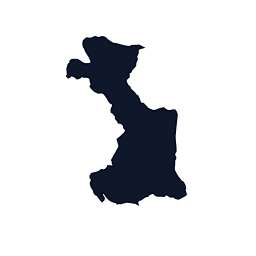 the district of Gália, São Paulo, Brazil, rotated 123°
{"feature_id": "56859067B22371947902737", "entity_name": "Gália", "entity_type": "district", "adm_level": 2, "iso_a3": "BRA", "parent_name": "Brazil", "parent_adm1": "São Paulo", "projection": "natural_earth1", "projection_center": [-49.584, -22.325], "detail": "fine", "context": "isolated", "style": "filled", "palette": "ink", "viewbox_px": 256, "rotation_deg": 123, "n_neighbors": 0, "source": "geoboundaries", "source_scale": "gbopen_adm2", "svg_char_len": 3147}
<svg xmlns="http://www.w3.org/2000/svg" viewBox="0 0 256 256"><g transform="rotate(123 128 128)"><path d="M64.7,195.6L64.9,197.9L65.9,199.8L67.8,201.1L68.7,202.9L69.5,205.6L71.7,206.8L73.1,208.0L74.2,209.6L74.9,211.5L76.6,212.2L78.8,212.8L80.8,212.2L82.2,211.3L84.0,209.6L85.0,207.4L86.1,206.1L87.5,203.4L88.6,201.0L89.5,199.1L90.5,197.6L91.5,195.9L93.2,194.2L95.4,195.8L97.6,198.9L98.2,201.5L98.0,205.4L98.2,207.7L100.0,210.6L101.3,212.3L103.0,213.0L105.0,212.2L107.1,212.7L109.5,212.0L111.8,211.2L113.2,210.0L114.7,208.8L116.3,207.7L117.8,207.7L118.4,205.5L116.8,204.5L114.9,204.3L114.2,202.1L114.1,199.5L114.5,197.7L113.4,196.6L111.6,195.4L109.4,195.1L109.5,193.0L108.1,191.1L107.2,189.1L107.1,186.8L108.6,185.6L110.1,184.0L111.5,182.3L113.5,182.4L114.6,180.3L115.0,177.9L115.4,175.8L115.0,174.0L114.9,172.2L113.5,170.5L112.4,168.7L112.4,166.4L113.2,164.2L114.4,161.2L115.6,159.3L116.6,156.6L116.2,154.8L117.0,153.0L118.7,152.7L121.6,152.1L123.8,150.6L123.7,148.7L124.6,145.2L126.3,143.9L127.3,142.6L127.5,140.7L128.9,138.9L127.7,136.3L128.2,133.4L130.3,131.2L130.9,128.4L134.0,128.1L135.4,128.6L137.9,129.1L139.8,129.6L141.2,130.1L143.3,130.8L148.0,125.4L149.8,125.1L153.4,124.9L156.0,124.6L158.9,124.6L161.2,124.3L163.8,124.2L164.7,122.6L166.1,121.8L167.9,119.0L170.6,124.2L172.4,123.9L175.2,124.4L176.6,125.6L177.7,127.8L180.3,128.6L183.1,130.8L185.9,133.6L188.8,133.6L190.3,132.6L191.0,130.3L192.5,129.9L194.8,129.4L196.4,127.8L197.5,126.5L198.4,124.3L199.3,122.4L200.5,121.6L201.5,119.3L201.3,116.8L202.0,115.1L202.9,112.7L203.9,109.8L201.5,109.1L199.8,109.8L198.3,113.2L195.8,114.4L196.1,111.5L197.3,108.7L198.1,105.5L198.4,103.5L198.0,100.5L197.0,97.6L197.4,95.7L196.0,94.4L195.1,92.6L193.7,91.7L192.2,90.2L190.6,88.7L189.5,86.4L188.4,84.1L187.8,82.5L186.9,80.8L186.7,78.0L185.1,79.9L182.8,79.5L180.9,78.0L179.2,77.3L177.1,76.6L175.3,75.3L173.9,74.1L172.5,74.2L170.5,72.8L168.8,71.6L169.3,68.9L169.2,66.8L168.2,65.0L167.0,63.3L165.7,60.7L162.6,59.5L162.8,56.3L162.3,54.1L160.8,52.8L161.1,50.4L160.2,47.2L158.3,45.9L156.1,44.8L154.1,43.6L152.1,43.0L150.7,44.6L149.1,46.5L147.2,47.1L145.3,49.0L143.5,52.0L143.6,54.8L142.7,56.7L142.0,59.2L141.2,60.7L140.5,62.4L139.6,63.9L138.3,66.2L136.2,67.8L134.4,68.6L132.1,69.9L130.1,71.3L128.0,71.4L126.6,72.2L125.6,74.1L124.1,75.1L121.6,75.1L117.7,77.8L111.5,82.7L108.7,84.6L107.0,85.4L102.6,87.8L99.6,89.3L90.0,94.2L88.2,96.5L87.5,98.6L89.0,100.6L90.5,101.8L91.9,104.3L92.0,107.1L91.8,109.2L93.0,110.2L95.1,112.2L96.7,113.2L98.5,114.7L100.0,116.6L100.2,118.6L100.7,120.6L100.7,122.4L100.0,125.1L99.2,128.3L100.2,130.6L99.6,132.2L97.5,134.4L96.9,136.0L95.8,137.3L95.9,139.3L95.0,141.7L94.4,145.1L94.1,146.9L92.6,149.0L92.2,151.9L90.1,155.0L88.4,156.0L86.5,155.4L84.8,155.0L83.1,156.0L81.2,157.3L79.5,156.1L77.5,156.5L74.8,156.1L71.7,155.7L69.3,157.1L66.6,157.5L65.1,158.0L63.8,159.7L61.5,160.2L59.8,160.4L57.4,162.0L55.5,161.9L54.1,160.6L52.1,158.8L52.4,161.2L52.6,163.8L53.9,165.3L54.8,166.6L55.9,168.3L56.8,169.6L58.7,170.6L60.2,173.2L61.3,175.9L62.2,178.6L63.0,181.1L63.5,182.8L64.2,184.6L65.2,186.4L65.3,189.2L65.3,193.1L64.7,195.6Z" fill="#0f172a" stroke="#020617" stroke-width="1.5"/></g></svg>